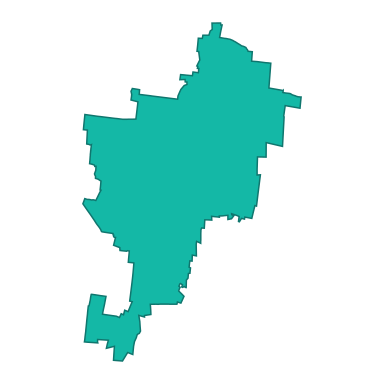 outline of Peto, Yucatán, Mexico
{"feature_id": "50627088B37854102096410", "entity_name": "Peto", "entity_type": "district", "adm_level": 2, "iso_a3": "MEX", "parent_name": "Mexico", "parent_adm1": "Yucatán", "projection": "robinson", "projection_center": [-88.859, 20.051], "detail": "fine", "context": "isolated", "style": "filled", "palette": "teal", "viewbox_px": 384, "rotation_deg": 0, "n_neighbors": 0, "source": "geoboundaries", "source_scale": "gbopen_adm2", "svg_char_len": 5728}
<svg xmlns="http://www.w3.org/2000/svg" viewBox="0 0 384 384"><path d="M257.1,169.2L257.5,156.9L266.1,157.1L266.2,142.6L282.5,146.4L283.5,127.9L284.1,116.8L283.7,116.1L285.2,105.6L300.0,108.2L301.1,97.0L300.7,97.0L299.4,96.9L298.8,96.8L298.0,96.8L297.2,96.5L296.3,96.3L295.8,96.0L295.0,95.7L294.3,95.5L293.4,95.2L292.2,94.8L291.3,94.2L290.8,93.9L290.2,93.6L289.8,93.5L289.4,93.5L289.2,93.4L288.2,93.3L287.8,93.2L287.1,93.2L286.5,93.1L285.6,93.0L284.4,92.8L283.2,92.6L282.9,92.5L283.0,92.3L283.1,91.3L283.2,90.5L283.2,90.4L283.1,90.5L268.9,88.0L270.8,63.2L268.2,62.9L265.6,62.7L257.1,61.6L251.6,61.2L252.3,51.7L251.1,51.6L250.3,51.5L249.3,51.4L248.7,51.3L248.1,51.3L247.8,50.6L247.6,50.1L247.3,49.6L246.9,49.2L246.5,48.6L246.0,47.7L245.9,47.5L244.3,46.7L243.0,46.2L241.7,45.9L241.1,45.5L239.8,44.6L237.9,43.5L236.7,42.7L234.9,41.6L234.0,41.2L232.7,40.4L230.5,39.5L230.1,39.3L229.6,39.2L227.9,38.9L227.1,38.7L226.1,38.5L225.7,38.4L225.3,38.5L223.6,38.2L219.6,37.5L220.7,31.5L222.1,25.0L220.9,25.1L220.6,23.0L212.0,23.1L212.2,29.5L210.2,31.0L208.9,35.2L202.9,35.2L202.3,38.4L198.3,38.2L197.7,44.9L197.0,51.3L198.7,51.5L199.8,60.0L199.1,61.3L198.6,62.3L196.8,66.0L197.8,66.4L197.4,68.4L198.8,68.5L198.4,72.7L193.0,72.0L192.4,75.7L185.8,75.1L185.0,75.0L180.6,74.6L180.4,76.1L179.9,79.7L185.1,79.5L185.2,81.9L186.9,82.0L187.0,84.5L184.2,85.5L180.9,89.4L179.3,92.9L178.0,95.9L177.6,99.2L152.6,96.1L149.9,95.7L145.8,95.2L139.2,94.4L139.6,89.7L136.2,89.1L132.3,88.5L132.0,89.3L131.0,91.3L131.7,94.4L131.5,96.6L131.0,100.0L137.9,101.8L137.7,104.0L137.1,109.1L135.9,119.1L133.0,119.2L131.2,119.2L128.7,119.2L126.8,119.3L122.8,119.3L119.5,118.9L117.3,118.6L114.1,118.3L100.5,116.6L97.6,116.3L84.9,114.5L84.0,123.3L83.4,129.7L87.4,130.1L86.7,144.0L87.2,144.1L88.4,144.3L88.9,144.4L89.1,144.5L89.3,144.6L89.5,144.7L89.8,144.8L90.0,144.9L90.5,144.9L90.9,144.8L91.1,144.7L91.4,144.6L91.3,144.9L91.3,145.2L91.3,145.4L91.3,145.5L91.2,146.0L91.2,146.5L91.1,147.4L91.0,148.2L91.0,148.4L90.9,148.6L90.9,149.2L90.9,149.4L90.8,149.7L90.8,149.9L90.8,150.1L90.8,150.5L90.7,150.6L90.7,150.8L90.6,151.1L90.7,151.3L90.6,151.8L90.6,152.0L90.5,152.8L90.4,153.7L90.3,155.1L90.3,155.8L90.2,156.5L90.1,157.9L90.0,159.3L89.9,160.8L89.9,161.1L89.8,161.3L89.7,162.8L89.6,163.7L91.9,164.2L94.2,165.0L94.8,166.2L94.8,166.4L96.0,166.3L95.8,170.1L95.6,170.8L95.0,172.5L94.6,173.6L94.5,173.8L94.7,174.7L95.5,176.2L95.5,178.4L97.0,178.8L98.1,179.2L101.0,181.1L100.9,181.8L100.7,184.2L100.5,186.4L100.1,190.0L101.0,190.2L99.6,192.7L98.6,194.8L97.3,197.5L95.8,200.5L94.8,200.2L94.0,199.9L93.8,199.9L93.6,199.9L92.9,199.8L91.8,200.0L90.8,199.8L89.6,199.5L88.0,199.4L87.2,199.4L84.8,198.6L84.4,199.7L82.9,203.8L85.9,208.2L87.8,210.9L90.5,214.7L94.3,220.3L96.2,223.3L96.9,224.3L98.3,226.1L99.7,228.0L100.6,229.5L101.2,230.7L101.3,231.2L101.9,231.8L105.0,232.3L107.6,232.7L113.0,233.5L113.1,234.9L113.7,235.1L113.6,236.6L114.3,237.3L114.6,237.3L115.1,237.5L115.5,237.5L113.6,245.3L119.8,247.6L120.0,250.5L123.5,250.9L126.7,251.2L127.3,250.7L129.3,251.0L129.1,253.5L128.7,257.6L128.3,262.3L130.1,262.5L132.1,262.7L133.8,262.9L133.8,263.9L133.1,272.3L133.0,273.3L132.8,275.3L132.7,276.3L132.0,282.6L131.2,289.1L130.8,292.4L129.7,301.1L132.2,301.7L131.5,303.3L130.1,306.7L129.5,308.2L128.1,311.6L124.7,310.2L123.5,314.8L121.2,313.7L119.5,317.5L116.3,316.2L108.5,315.1L105.0,314.6L102.5,314.2L103.0,311.4L103.6,308.5L103.8,307.6L104.6,303.9L104.9,302.2L105.3,300.2L106.0,296.4L102.5,295.9L100.2,295.6L99.0,295.4L95.8,294.9L91.6,294.3L91.2,294.4L91.1,294.9L90.9,295.9L90.6,297.5L90.2,300.4L89.9,301.7L89.3,304.6L89.0,305.8L88.3,306.0L88.3,306.4L88.2,306.8L87.8,310.5L87.6,312.4L87.5,313.9L87.0,318.3L86.7,321.2L86.5,323.5L85.8,330.4L85.8,330.9L85.1,336.4L85.0,337.2L85.0,337.3L84.9,338.5L84.7,340.1L84.4,341.9L86.4,342.1L89.2,342.3L90.6,342.4L92.1,342.5L97.8,342.9L97.5,341.5L97.5,341.3L97.6,340.8L97.6,339.5L108.4,340.2L107.3,344.1L106.4,348.3L114.4,346.3L113.5,360.3L121.1,360.9L122.5,361.0L124.0,358.5L126.5,354.4L127.7,352.5L132.8,354.5L133.1,351.3L133.6,346.2L134.5,341.6L136.3,337.7L136.8,335.9L137.1,334.9L137.7,334.2L138.0,334.0L139.3,333.4L140.5,331.1L140.1,326.3L139.8,321.5L139.1,317.2L138.8,315.4L144.5,317.0L144.4,315.5L150.9,314.5L150.8,312.1L150.7,309.8L150.5,306.6L150.4,305.6L150.3,304.3L156.1,304.2L158.1,304.3L160.2,304.1L162.6,304.1L164.9,304.1L168.4,304.1L169.7,304.2L173.1,304.2L176.9,304.2L177.0,303.9L177.4,302.0L180.9,303.1L182.1,300.5L184.0,296.3L181.7,293.9L178.7,291.0L179.1,289.6L179.5,288.6L180.1,287.2L178.9,286.2L180.1,283.3L180.0,283.2L182.5,284.8L181.7,287.0L182.7,287.4L184.1,286.5L185.4,287.4L185.8,286.9L186.2,287.2L186.4,280.0L188.0,278.2L188.4,273.5L190.0,273.2L190.0,272.5L190.5,267.9L189.1,267.2L189.8,260.9L192.1,261.1L192.3,255.1L196.4,255.9L196.2,244.3L196.3,243.9L196.3,243.3L196.5,242.1L196.6,241.4L197.2,241.7L198.0,242.0L199.5,242.7L200.1,243.0L200.7,243.3L200.7,242.7L200.7,241.9L200.7,241.3L200.8,240.2L200.8,238.6L200.8,235.2L200.8,234.9L200.8,233.8L200.8,233.1L200.9,231.3L200.9,230.2L201.0,229.6L201.3,228.7L201.6,228.0L204.3,228.2L204.8,219.8L208.3,219.9L211.8,220.1L211.7,218.8L211.7,217.6L211.6,216.3L214.8,216.7L217.2,216.9L218.3,217.0L218.6,217.1L219.4,217.2L219.3,216.0L221.1,215.9L222.2,215.9L222.9,215.8L223.5,215.8L223.8,215.7L227.9,215.3L227.9,216.2L227.9,216.8L227.9,218.3L227.9,218.9L227.9,219.5L228.5,219.4L229.4,219.2L230.9,218.9L231.5,218.8L232.1,218.0L232.4,217.6L233.0,216.8L233.7,215.9L233.2,215.7L232.6,215.2L231.7,214.7L231.6,213.7L236.9,215.5L239.1,216.5L238.5,221.5L239.4,221.8L241.5,218.4L244.5,219.1L244.8,217.1L248.7,217.8L251.8,218.4L253.3,212.1L254.9,205.6L256.5,206.1L258.0,193.7L258.8,187.4L259.6,181.0L260.4,174.8L257.1,175.0L257.1,169.2Z" fill="#14b8a6" stroke="#0f766e" stroke-width="1.5"/></svg>